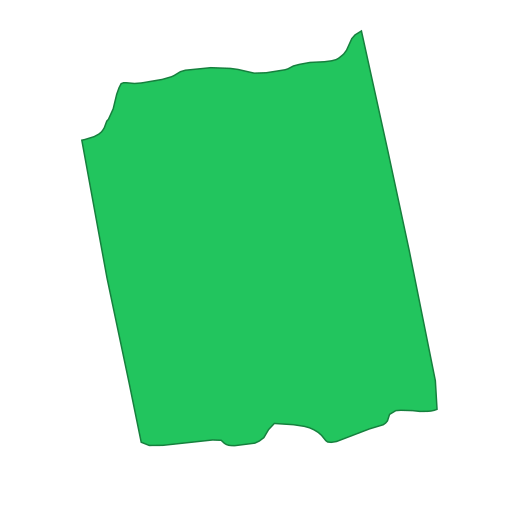 an SVG outline of Distrito Federal, rotated 258°
{"feature_id": "BRA-599", "entity_name": "Distrito Federal", "entity_type": "Federal District", "adm_level": 1, "iso_a3": "BRA", "parent_name": "Brazil", "parent_adm1": "", "projection": "equal_earth", "projection_center": [-47.783, -15.766], "detail": "fine", "context": "isolated", "style": "filled", "palette": "green", "viewbox_px": 512, "rotation_deg": 258, "n_neighbors": 0, "source": "natural_earth", "source_scale": "10m", "svg_char_len": 1163}
<svg xmlns="http://www.w3.org/2000/svg" viewBox="0 0 512 512"><g transform="rotate(258 256 256)"><path d="M97.7,105.0L158.2,105.5L265.8,105.7L405.5,109.7L405.5,112.7L406.4,122.5L407.9,127.6L409.5,130.7L411.3,132.7L413.0,134.3L419.0,138.1L420.4,140.1L429.6,146.9L443.2,153.4L449.0,157.0L452.6,159.9L453.0,162.4L452.5,164.9L450.0,173.0L449.1,179.7L448.2,201.0L448.9,210.6L449.5,213.3L452.0,220.4L452.4,225.5L449.6,250.9L444.8,270.0L442.2,277.2L435.2,292.3L433.1,304.1L432.1,323.1L432.4,326.1L434.1,332.1L434.4,338.2L434.1,349.0L431.8,363.2L431.2,370.5L431.4,375.1L432.2,377.8L434.3,382.0L435.4,383.9L438.5,387.4L448.7,394.9L451.7,398.9L454.2,405.9L330.7,406.8L229.5,407.0L96.7,405.5L68.4,401.2L68.0,398.2L68.0,394.9L68.4,391.6L69.9,384.0L72.2,377.1L75.0,365.6L75.7,360.6L73.3,353.7L67.4,350.3L65.7,348.1L64.5,345.4L63.3,331.0L57.8,296.2L58.1,290.8L59.2,287.4L60.9,285.9L67.0,282.8L70.6,280.1L73.9,276.6L76.8,272.7L79.3,267.9L83.2,257.6L88.4,239.1L83.6,232.2L76.7,225.9L74.3,220.7L73.2,216.0L74.9,195.8L75.6,192.8L76.5,190.0L77.8,187.8L79.4,186.1L83.0,183.6L85.1,175.2L90.2,125.4L92.9,112.2L97.7,105.0Z" fill="#22c55e" stroke="#15803d" stroke-width="1.5"/></g></svg>